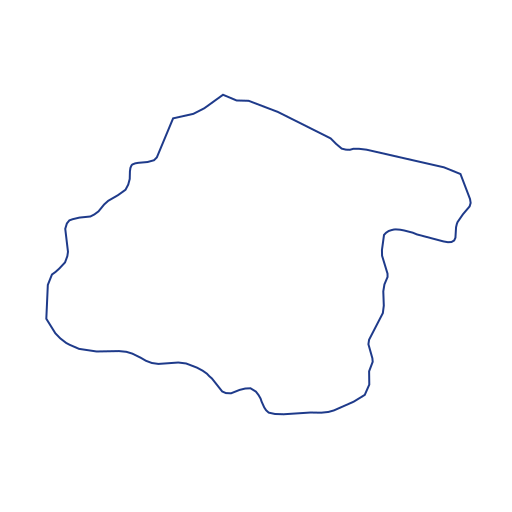 an SVG outline of Ang Thong, rotated 285°
{"feature_id": "THA-406", "entity_name": "Ang Thong", "entity_type": "Province", "adm_level": 1, "iso_a3": "THA", "parent_name": "Thailand", "parent_adm1": "", "projection": "natural_earth1", "projection_center": [100.34, 14.618], "detail": "fine", "context": "isolated", "style": "outline", "palette": "blue", "viewbox_px": 512, "rotation_deg": 285, "n_neighbors": 0, "source": "natural_earth", "source_scale": "10m", "svg_char_len": 1668}
<svg xmlns="http://www.w3.org/2000/svg" viewBox="0 0 512 512"><g transform="rotate(285 256 256)"><path d="M161.1,398.7L150.0,397.0L140.6,388.1L127.0,371.2L124.1,366.3L121.5,359.5L118.9,349.1L110.3,323.7L108.3,315.2L108.0,308.8L109.6,305.7L111.8,303.2L116.8,299.1L119.5,297.3L122.4,294.4L125.0,291.0L126.8,284.9L125.2,279.9L122.4,274.8L116.9,267.4L115.8,262.4L116.4,258.4L126.3,245.1L127.8,242.0L129.6,239.1L131.4,234.2L132.9,227.8L134.1,216.3L133.0,208.5L126.5,189.7L125.7,183.1L126.3,176.8L127.8,171.3L129.7,161.8L129.9,155.6L128.7,148.3L122.5,126.7L120.5,109.1L122.0,99.0L122.9,95.1L125.8,88.2L129.4,82.2L141.1,69.7L174.2,62.4L185.3,63.7L188.6,66.4L192.9,69.2L200.4,73.2L207.0,73.8L211.4,73.3L232.9,64.7L238.5,64.9L242.1,66.5L244.1,69.4L247.4,75.5L251.3,85.8L254.3,89.1L258.3,92.3L266.5,96.0L271.1,99.0L279.0,106.9L286.2,112.8L291.9,114.1L297.7,114.1L305.2,112.3L308.6,111.9L311.3,112.3L311.9,112.6L312.4,112.9L314.2,115.3L315.5,118.1L318.7,126.9L322.1,132.7L325.6,134.7L367.5,140.3L377.1,158.7L385.3,167.8L403.2,182.4L401.2,197.0L404.0,208.7L400.8,239.9L388.9,297.7L385.0,304.4L381.9,311.0L382.0,315.4L382.9,319.2L384.7,322.2L386.2,327.7L387.3,335.2L390.3,414.6L388.1,432.3L366.4,448.0L362.8,449.6L359.2,449.5L349.9,445.1L340.9,441.9L338.9,441.7L335.5,441.8L325.3,443.9L322.3,443.4L320.1,441.2L319.0,437.8L318.6,433.3L318.5,405.8L319.1,401.4L319.0,392.4L318.7,388.4L317.9,384.2L317.3,382.4L316.1,380.2L314.5,377.7L312.1,375.6L309.5,374.2L294.4,376.1L288.9,377.7L273.0,387.6L269.8,388.5L261.8,387.4L254.8,388.1L241.1,392.3L233.7,393.3L204.4,386.9L199.9,387.4L187.3,394.9L184.0,396.1L173.9,395.1L161.1,398.7Z" fill="none" stroke="#1e3a8a" stroke-width="2"/></g></svg>